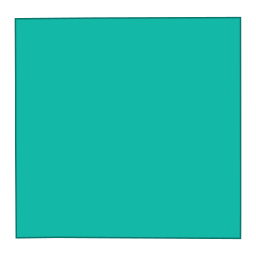 the district of Orange, Indiana, United States of America
{"feature_id": "52423323B3825841666774", "entity_name": "Orange", "entity_type": "district", "adm_level": 2, "iso_a3": "USA", "parent_name": "United States of America", "parent_adm1": "Indiana", "projection": "natural_earth1", "projection_center": [-86.529, 38.541], "detail": "fine", "context": "isolated", "style": "filled", "palette": "teal", "viewbox_px": 256, "rotation_deg": 0, "n_neighbors": 0, "source": "geoboundaries", "source_scale": "gbopen_adm2", "svg_char_len": 252}
<svg xmlns="http://www.w3.org/2000/svg" viewBox="0 0 256 256"><path d="M15.4,18.8L15.7,84.6L15.7,139.0L16.3,237.8L56.4,237.3L240.5,238.4L240.6,216.7L240.6,170.2L240.5,17.6L93.3,18.1L15.4,18.8Z" fill="#14b8a6" stroke="#0f766e" stroke-width="1.5"/></svg>